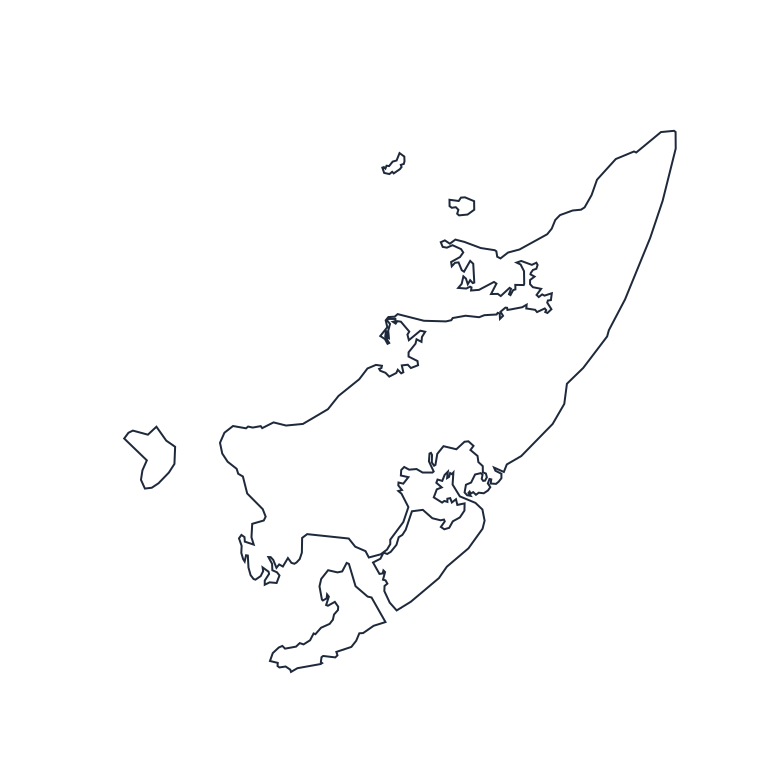 Mafia, Pwani, United Republic of Tanzania (Mercator projection), rotated 10°
{"feature_id": "72390352B74532147136856", "entity_name": "Mafia", "entity_type": "district", "adm_level": 2, "iso_a3": "TZA", "parent_name": "United Republic of Tanzania", "parent_adm1": "Pwani", "projection": "mercator", "projection_center": [39.736, -7.86], "detail": "fine", "context": "isolated", "style": "outline", "palette": "slate", "viewbox_px": 768, "rotation_deg": 10, "n_neighbors": 0, "source": "geoboundaries", "source_scale": "gbopen_adm2", "svg_char_len": 6167}
<svg xmlns="http://www.w3.org/2000/svg" viewBox="0 0 768 768"><g transform="rotate(10 384 384)"><path d="M626.6,155.2L630.4,101.5L627.4,85.2L625.7,84.3L613.0,87.8L592.2,112.2L589.8,111.6L573.2,122.2L558.3,145.8L555.6,162.0L550.9,175.2L547.8,178.1L539.6,180.4L528.0,187.1L524.2,192.7L522.2,201.9L518.7,208.2L494.1,228.0L483.3,233.0L476.9,240.1L473.4,239.0L471.6,233.8L469.8,233.0L455.7,233.3L438.4,230.1L429.2,229.4L424.5,234.4L419.0,232.0L415.3,234.5L418.0,238.8L422.3,238.8L427.4,235.4L436.5,237.8L439.2,240.7L436.8,245.8L428.9,252.2L430.3,256.3L432.9,252.3L436.3,251.3L440.8,258.4L443.3,259.5L447.5,247.8L451.0,250.1L455.3,268.4L453.9,269.2L450.8,266.8L449.2,271.2L446.4,266.0L443.5,264.2L443.1,271.9L440.4,276.5L448.5,275.7L451.8,273.2L453.4,273.7L453.5,276.8L461.2,274.8L474.6,264.4L477.3,265.6L473.8,276.8L480.4,275.5L483.7,277.1L491.0,267.5L492.6,268.2L491.5,273.9L493.1,274.5L494.9,269.1L497.0,268.0L496.1,263.6L504.4,262.3L504.7,261.1L502.3,248.6L497.8,242.6L493.5,241.4L497.8,239.0L508.9,241.0L513.0,238.1L514.6,240.1L514.0,244.1L510.9,245.8L509.3,249.1L509.2,250.6L513.6,252.1L509.8,256.2L510.5,260.3L513.8,262.8L522.2,263.0L518.8,269.8L521.3,271.5L524.2,268.3L526.7,269.1L533.5,265.5L533.8,272.4L530.9,273.3L530.6,275.5L535.9,281.3L532.6,285.7L530.3,285.1L530.9,283.1L529.2,281.7L522.2,286.6L520.0,284.7L511.0,284.9L510.7,281.1L506.8,284.4L495.7,288.6L492.7,289.6L492.0,287.6L490.3,287.7L486.2,292.6L489.4,296.2L486.9,299.7L485.7,294.5L483.6,294.2L482.8,296.0L470.9,298.8L466.1,301.7L452.5,302.6L440.2,307.1L439.2,309.5L434.1,311.6L412.3,314.8L385.3,312.8L382.9,315.8L376.7,317.3L374.6,321.0L377.4,327.5L372.0,337.4L377.1,339.6L380.5,343.8L382.0,342.7L377.0,337.1L376.7,331.4L378.6,332.8L378.6,337.5L380.9,338.1L378.9,330.8L379.5,323.8L376.0,320.9L376.5,319.3L383.9,317.9L384.5,320.1L382.0,321.2L385.0,322.5L386.2,319.8L389.8,319.7L399.8,328.0L398.5,331.3L400.9,336.5L410.5,325.2L415.5,325.4L413.2,331.1L413.6,336.0L408.3,334.3L408.0,338.9L402.7,348.5L403.4,352.7L413.0,355.6L414.3,359.6L407.7,363.6L404.1,360.9L398.3,362.6L401.0,369.1L399.1,370.5L395.1,367.6L394.2,371.0L387.9,375.8L383.5,372.7L378.0,371.6L376.6,370.0L378.7,368.7L378.8,366.4L372.7,366.6L365.0,371.6L358.8,383.6L341.3,403.6L333.2,418.5L311.1,437.4L294.8,441.9L281.9,441.0L271.7,448.6L269.9,446.9L262.3,449.7L257.6,449.5L255.8,451.6L242.6,451.6L235.3,459.7L232.7,470.4L236.8,480.6L243.5,487.7L253.6,493.1L256.0,497.7L261.1,499.6L268.3,515.6L286.3,528.3L290.5,535.2L289.3,539.3L278.5,544.6L280.1,558.0L283.6,564.8L274.3,563.4L273.2,559.0L269.8,557.4L268.0,561.2L271.9,568.1L272.8,575.1L275.6,580.8L277.6,583.0L277.9,576.6L279.7,576.6L282.4,588.3L285.8,595.4L289.4,598.7L291.4,599.0L295.9,594.6L297.5,589.3L296.3,585.7L302.9,588.9L303.8,591.0L300.7,598.3L301.4,602.4L305.8,599.2L312.8,598.6L314.3,590.7L311.3,588.0L306.4,586.8L305.0,580.5L300.2,574.5L302.5,574.2L305.5,576.5L310.0,583.7L312.1,579.9L316.1,581.3L319.6,572.1L323.9,576.2L326.9,576.6L328.9,574.9L331.4,571.0L332.4,564.3L330.1,549.8L334.4,545.2L376.1,542.3L383.9,549.2L394.8,551.8L399.2,557.5L410.3,552.3L415.7,546.6L418.0,540.6L417.2,536.2L427.0,516.6L429.4,501.0L420.3,489.0L416.7,486.9L420.1,485.3L415.7,481.4L415.4,478.5L420.3,478.8L424.2,471.5L416.5,471.2L415.9,465.7L418.3,462.2L423.6,464.0L430.8,462.1L437.4,464.5L447.1,462.8L448.1,461.5L441.7,452.4L440.9,444.6L442.2,443.7L443.6,445.5L444.7,452.9L447.5,455.8L448.7,454.7L448.6,443.6L453.4,434.9L466.6,435.7L473.3,426.9L477.1,425.8L482.9,429.4L480.6,434.0L488.6,438.6L490.5,444.5L495.5,447.7L496.7,453.8L499.9,454.5L501.5,458.0L500.3,461.6L498.5,462.2L496.7,460.4L496.8,456.2L494.7,455.0L489.4,457.3L486.9,465.9L482.2,469.0L482.2,476.8L485.2,479.1L488.7,479.1L486.1,476.6L487.0,475.1L488.4,477.0L490.6,475.0L493.8,477.1L496.2,474.6L501.2,474.3L504.9,470.8L506.6,467.1L503.5,463.9L504.4,459.2L506.2,459.3L506.3,463.5L511.7,462.9L513.9,460.3L516.0,456.4L515.2,452.0L508.8,450.1L506.9,447.2L517.3,449.8L518.9,441.9L531.7,431.1L557.0,394.1L565.0,372.3L564.1,352.0L577.4,333.6L595.5,298.4L596.1,292.0L606.7,258.8L620.8,193.8L626.6,155.2ZM469.0,471.1L467.7,459.1L466.5,461.0L464.6,460.2L464.2,464.2L462.5,465.7L462.1,459.3L459.5,463.0L458.2,469.3L453.3,468.8L452.7,472.2L458.8,475.8L454.3,478.6L452.7,487.0L461.8,490.7L463.7,488.7L466.9,489.1L466.3,486.0L469.0,484.9L471.4,488.9L474.9,485.0L477.2,490.3L484.1,487.6L485.2,494.7L481.9,502.2L475.6,507.3L473.2,514.3L468.6,516.6L464.8,514.9L467.7,508.8L466.6,507.1L463.4,508.4L454.9,507.8L444.1,501.2L433.6,504.5L430.7,523.7L428.3,529.4L425.1,532.3L424.2,540.2L419.8,548.1L416.7,550.8L412.8,550.2L410.8,556.7L404.2,561.7L412.5,571.8L415.6,570.8L415.8,567.7L417.7,569.0L417.0,576.9L419.6,577.1L422.0,580.0L419.6,582.8L420.3,587.9L427.6,598.3L435.8,604.8L448.2,593.8L471.8,565.6L477.6,553.0L495.7,531.2L506.2,509.4L506.8,501.1L502.7,490.5L494.7,485.2L478.2,481.5L469.0,471.1ZM391.1,588.1L380.7,567.3L378.3,566.7L375.4,575.8L370.9,577.6L361.3,577.1L356.0,586.9L355.6,594.5L360.3,607.1L361.4,607.8L364.7,605.1L364.5,601.1L366.6,603.0L365.4,611.7L367.3,612.1L373.4,607.1L377.6,611.3L377.9,614.6L374.8,619.7L374.6,625.0L372.1,629.7L364.3,635.0L359.9,642.3L358.0,641.9L355.7,649.2L350.0,654.4L346.0,653.8L343.0,657.9L332.5,661.8L329.4,659.6L326.2,661.7L321.2,668.3L319.8,676.6L327.8,677.1L328.1,680.2L330.2,681.3L336.2,679.3L341.3,681.6L342.4,683.7L348.1,678.9L370.2,670.8L371.5,669.6L370.1,668.9L369.9,663.9L371.3,662.4L383.5,661.7L385.3,659.3L383.6,656.1L397.5,648.6L401.2,641.7L403.0,633.8L406.7,632.9L415.8,623.9L426.8,618.2L408.8,596.4L404.8,596.2L391.1,588.1ZM179.4,477.6L167.3,465.6L160.3,474.9L144.8,473.5L140.8,476.4L137.6,482.8L163.7,500.4L161.1,510.9L161.3,520.6L166.7,528.5L173.3,526.5L179.2,520.9L187.5,508.6L191.5,499.1L189.2,482.1L179.4,477.6ZM431.3,186.1L427.4,187.1L425.8,190.8L416.5,191.2L417.7,197.5L420.2,198.7L424.0,197.4L427.0,199.5L426.5,203.6L428.6,204.9L436.9,202.6L442.6,196.7L441.0,188.3L431.3,186.1ZM364.5,156.5L359.2,153.9L357.6,161.7L353.9,163.5L351.2,168.5L348.6,168.6L348.0,171.6L346.5,170.6L346.3,171.1L345.7,170.7L344.8,171.2L347.5,176.1L352.9,176.3L355.2,173.6L357.0,174.9L362.3,169.7L363.6,167.3L362.5,165.3L365.3,163.8L365.5,161.0L364.5,156.5Z" fill="none" stroke="#1e293b" stroke-width="2"/></g></svg>